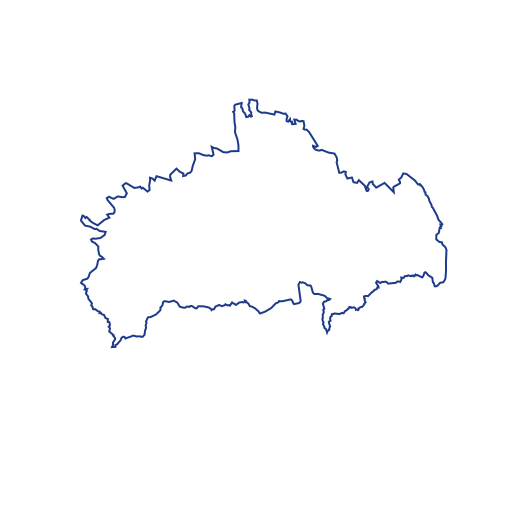 Ovejas, Sucre, Colombia, rotated 134°
{"feature_id": "7082276B76166761689689", "entity_name": "Ovejas", "entity_type": "district", "adm_level": 2, "iso_a3": "COL", "parent_name": "Colombia", "parent_adm1": "Sucre", "projection": "natural_earth1", "projection_center": [-75.171, 9.561], "detail": "fine", "context": "isolated", "style": "outline", "palette": "blue", "viewbox_px": 512, "rotation_deg": 134, "n_neighbors": 0, "source": "geoboundaries", "source_scale": "gbopen_adm2", "svg_char_len": 6147}
<svg xmlns="http://www.w3.org/2000/svg" viewBox="0 0 512 512"><g transform="rotate(134 256 256)"><path d="M421.5,296.3L419.0,294.0L417.6,295.2L416.0,294.6L410.7,294.9L408.0,295.9L406.2,295.4L405.5,294.0L406.0,292.6L398.4,288.9L397.1,286.4L394.1,283.3L393.6,282.0L392.6,281.4L390.1,281.5L386.5,284.1L384.1,285.1L382.6,287.1L380.2,288.3L379.5,289.6L375.3,291.1L372.9,289.3L367.5,287.3L362.3,287.1L360.8,287.5L359.4,289.0L356.9,288.9L353.3,290.9L351.8,290.2L349.5,286.6L345.2,284.1L344.2,280.3L345.4,275.5L343.5,272.2L342.5,271.1L340.1,270.4L338.9,268.6L337.6,268.5L336.6,267.5L335.6,262.9L334.6,262.3L332.2,262.6L328.7,258.8L325.9,254.4L325.4,251.6L325.8,250.4L324.7,250.3L323.5,249.2L320.6,250.0L316.9,248.6L315.7,245.6L313.0,244.3L312.0,244.5L311.3,242.2L310.1,241.4L309.9,240.3L306.2,240.9L306.4,240.2L305.6,239.2L305.1,236.4L301.3,235.8L298.7,234.0L298.1,232.7L296.4,232.4L295.8,233.1L295.4,232.1L296.4,231.2L295.6,230.2L295.6,228.0L296.4,225.6L295.4,224.1L294.3,220.4L294.1,215.5L294.7,213.6L294.3,213.0L289.7,210.8L282.9,208.9L276.4,208.9L273.6,207.7L272.5,208.1L270.4,205.7L263.1,200.9L262.9,199.0L264.0,196.7L264.2,195.3L260.1,192.4L258.3,192.2L257.2,192.8L247.2,205.5L244.2,206.3L243.4,204.5L242.5,204.1L241.4,201.4L241.4,198.8L239.5,196.4L239.4,195.5L242.8,189.7L242.8,187.6L240.1,184.9L237.5,180.1L236.9,178.8L236.9,174.9L236.0,174.2L235.5,172.8L237.1,173.0L238.0,174.0L239.7,174.1L241.8,175.3L243.9,174.7L246.5,170.2L248.1,170.2L249.2,168.2L251.9,167.2L254.2,164.8L255.0,164.7L256.5,162.7L256.8,161.3L258.5,160.5L259.4,157.7L260.2,157.0L260.0,154.7L261.6,151.8L260.2,152.4L258.2,152.0L257.2,153.0L255.2,153.8L253.1,157.6L252.3,157.9L250.8,157.4L249.3,159.5L247.8,160.2L246.7,159.8L245.1,161.0L243.9,159.9L243.0,159.8L239.6,155.5L237.4,154.8L236.8,153.6L235.7,153.2L234.2,153.7L231.2,153.0L230.0,153.3L229.5,152.8L227.7,153.4L227.1,152.4L226.8,153.1L227.1,151.4L225.1,150.1L224.6,149.1L224.8,146.9L225.2,146.6L224.1,145.8L224.1,145.0L223.4,144.9L222.2,145.9L219.5,144.9L219.0,144.3L215.5,144.5L215.0,145.1L213.3,144.9L212.1,147.6L211.1,148.0L210.8,149.6L210.0,150.2L208.1,149.0L207.1,147.5L201.9,147.5L199.5,147.0L198.4,147.3L196.0,146.2L194.2,146.9L193.5,145.9L192.8,146.8L191.8,151.1L189.9,151.5L189.0,147.7L187.0,147.4L185.9,145.9L184.8,145.4L184.0,144.1L184.1,141.8L178.2,136.8L176.7,136.8L175.3,135.8L174.4,134.2L171.5,135.2L170.6,136.5L169.2,134.6L166.9,134.9L165.5,133.3L164.2,133.1L162.9,130.5L161.7,130.2L161.7,129.6L160.8,129.2L160.8,128.2L158.6,128.3L158.8,127.5L157.6,126.7L156.0,121.6L154.6,121.6L151.0,123.2L150.1,123.0L149.8,122.0L150.2,118.5L149.2,114.1L152.0,110.5L152.1,109.0L153.6,106.5L153.2,105.7L151.4,104.9L147.2,104.9L145.1,103.2L143.9,103.1L140.7,104.0L134.1,109.5L128.7,114.9L119.4,123.1L118.1,125.8L118.2,129.8L117.0,131.8L118.5,133.8L118.8,137.9L115.6,140.9L112.3,140.6L108.7,143.1L107.7,142.5L107.5,143.6L106.2,143.3L105.6,144.5L105.4,143.7L104.9,144.2L103.7,144.1L103.1,150.0L101.2,153.8L98.5,162.2L98.5,163.6L97.2,165.6L95.9,169.6L94.5,171.8L93.8,174.2L94.0,176.8L92.5,178.3L92.8,179.3L91.7,181.0L90.9,183.7L90.5,186.6L91.1,187.1L90.5,188.2L92.0,189.1L91.3,194.0L92.4,204.6L94.3,207.4L98.8,206.0L101.9,206.3L102.8,203.7L103.7,202.9L110.6,205.0L111.4,204.8L114.4,201.2L114.1,214.3L123.3,217.0L123.0,222.0L121.5,224.0L124.2,225.4L129.3,224.1L129.5,221.5L130.3,220.9L131.6,220.8L132.3,221.7L129.9,226.5L130.0,234.7L133.2,234.1L135.2,237.1L132.9,241.5L136.8,244.1L135.2,248.4L133.1,249.8L134.2,251.7L136.6,252.4L138.3,253.9L132.6,263.1L130.9,263.9L129.1,266.3L127.8,270.7L131.2,275.6L134.1,282.6L135.8,283.3L136.9,284.6L138.2,287.3L138.2,288.9L137.8,290.8L137.1,291.5L135.8,288.6L133.9,288.1L130.0,303.8L129.9,307.3L131.1,308.6L131.6,310.0L128.6,311.8L126.0,315.5L127.3,317.1L128.2,317.3L129.5,319.2L129.7,321.4L131.3,323.2L133.4,319.3L136.1,321.5L135.3,323.1L134.7,322.9L134.4,323.4L135.1,324.1L135.3,325.0L134.0,326.6L137.0,326.2L137.7,327.6L136.2,329.2L133.7,330.3L133.0,333.7L134.5,334.9L136.2,338.6L138.6,342.5L141.5,341.0L146.3,348.8L149.2,351.6L150.2,355.2L149.8,356.7L148.7,358.2L145.4,360.7L143.6,363.5L145.1,365.0L146.1,367.2L148.2,369.4L150.0,367.3L152.3,366.8L154.4,363.1L155.6,362.5L156.1,359.1L157.7,357.7L158.3,356.1L159.3,356.4L159.4,358.6L161.4,358.4L162.8,359.5L161.1,362.8L161.0,365.8L159.4,368.1L159.3,370.1L155.9,372.6L161.7,376.1L163.0,375.9L166.4,372.3L168.2,372.6L168.5,370.8L174.7,364.4L177.4,360.7L181.7,356.9L185.0,350.4L188.6,345.5L192.7,341.5L197.9,346.7L201.6,348.7L204.0,351.6L205.8,358.8L207.6,361.5L208.2,363.7L212.6,356.9L214.9,357.1L216.5,360.0L218.1,361.2L219.9,363.8L221.8,368.5L224.8,371.5L228.6,367.0L235.1,364.1L239.4,361.5L241.5,361.2L244.2,362.6L247.0,362.5L249.1,363.9L247.1,365.5L248.4,369.7L248.4,373.9L257.0,374.2L258.8,372.7L260.6,369.4L267.7,383.0L272.2,381.3L272.2,384.3L273.4,386.6L275.2,384.6L279.2,382.1L282.4,378.4L285.0,378.8L285.5,384.8L287.0,385.2L286.5,387.5L288.7,388.5L291.6,390.9L293.4,398.7L293.8,400.0L294.7,400.5L298.1,400.8L300.6,392.5L304.6,391.3L306.5,392.9L309.1,396.8L313.8,398.1L315.6,403.0L318.1,403.5L318.9,401.4L319.9,391.5L321.2,389.5L322.9,388.2L324.6,388.0L327.4,390.6L329.6,391.8L330.3,388.1L335.5,390.2L343.9,391.2L345.4,396.0L346.0,400.3L345.6,400.4L345.6,405.0L347.2,405.1L346.9,408.0L347.5,408.9L352.1,406.6L352.9,400.1L350.1,395.7L348.7,390.7L347.3,389.7L346.5,385.7L343.1,380.9L345.9,379.5L351.1,380.4L355.0,383.4L356.9,385.7L358.8,386.1L359.5,384.0L358.5,380.7L358.7,376.0L361.1,373.8L363.8,370.0L364.2,368.6L363.7,366.4L363.7,363.6L366.5,365.6L367.3,366.6L369.3,366.3L373.0,363.8L375.9,362.7L383.5,363.7L387.9,361.7L389.5,361.6L393.8,363.9L396.9,363.2L396.3,358.9L397.6,356.3L398.7,356.1L397.7,355.2L398.3,355.3L399.0,354.6L399.0,353.9L398.4,353.8L398.9,353.3L401.2,352.3L401.7,348.7L403.2,346.9L404.0,341.1L406.0,340.2L406.1,338.3L407.4,336.4L407.2,335.7L406.0,334.9L405.5,331.2L404.6,329.8L404.8,329.2L405.7,328.8L404.7,328.0L405.0,326.5L404.0,324.4L405.2,321.0L404.2,318.8L406.4,316.8L405.5,315.8L406.4,313.9L407.5,312.9L409.2,312.8L409.4,310.8L412.3,309.1L411.9,304.8L412.3,304.2L411.9,303.3L412.7,302.8L412.8,300.7L413.5,299.6L417.9,298.6L419.0,297.2L421.5,296.3Z" fill="none" stroke="#1e3a8a" stroke-width="2"/></g></svg>